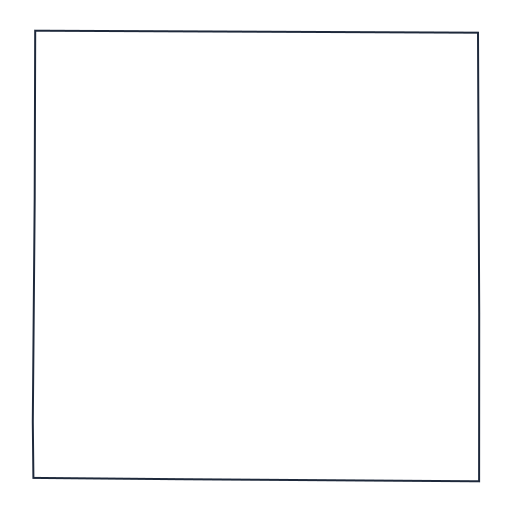 Wilson, Kansas, United States of America (orthographic projection)
{"feature_id": "52423323B84575223553196", "entity_name": "Wilson", "entity_type": "district", "adm_level": 2, "iso_a3": "USA", "parent_name": "United States of America", "parent_adm1": "Kansas", "projection": "orthographic", "projection_center": [-95.752, 37.559], "detail": "fine", "context": "isolated", "style": "outline", "palette": "slate", "viewbox_px": 512, "rotation_deg": 0, "n_neighbors": 0, "source": "geoboundaries", "source_scale": "gbopen_adm2", "svg_char_len": 228}
<svg xmlns="http://www.w3.org/2000/svg" viewBox="0 0 512 512"><path d="M478.0,32.7L35.2,30.7L34.7,198.6L32.8,421.8L33.4,477.9L178.7,479.2L479.1,481.3L479.2,313.2L478.0,32.7Z" fill="none" stroke="#1e293b" stroke-width="2"/></svg>